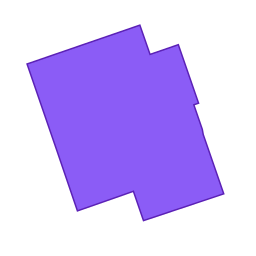 outline of Marion, Kansas, United States of America, rotated 341°
{"feature_id": "52423323B47340881619030", "entity_name": "Marion", "entity_type": "district", "adm_level": 2, "iso_a3": "USA", "parent_name": "United States of America", "parent_adm1": "Kansas", "projection": "equal_earth", "projection_center": [-97.068, 38.347], "detail": "fine", "context": "isolated", "style": "filled", "palette": "violet", "viewbox_px": 256, "rotation_deg": 341, "n_neighbors": 0, "source": "geoboundaries", "source_scale": "gbopen_adm2", "svg_char_len": 342}
<svg xmlns="http://www.w3.org/2000/svg" viewBox="0 0 256 256"><g transform="rotate(341 128 128)"><path d="M53.2,189.9L112.5,189.6L112.5,220.6L197.1,221.4L197.0,158.7L197.8,153.5L197.8,127.5L202.8,127.5L202.7,65.6L172.8,65.6L172.7,34.6L53.4,34.6L53.4,127.7L53.3,158.8L53.2,189.9Z" fill="#8b5cf6" stroke="#5b21b6" stroke-width="1.5"/></g></svg>